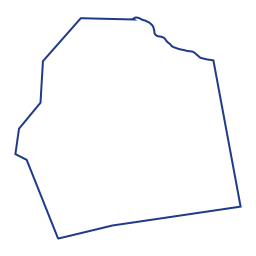 Labayee, Castries, Saint Lucia (Mercator projection)
{"feature_id": "8701671B83780855203463", "entity_name": "Labayee", "entity_type": "district", "adm_level": 2, "iso_a3": "LCA", "parent_name": "Saint Lucia", "parent_adm1": "Castries", "projection": "mercator", "projection_center": [-60.972, 13.941], "detail": "fine", "context": "isolated", "style": "outline", "palette": "blue", "viewbox_px": 256, "rotation_deg": 0, "n_neighbors": 0, "source": "geoboundaries", "source_scale": "gbopen_adm2", "svg_char_len": 2117}
<svg xmlns="http://www.w3.org/2000/svg" viewBox="0 0 256 256"><path d="M58.4,238.5L112.4,225.5L240.6,206.6L213.4,60.4L212.9,60.3L206.4,59.3L200.4,57.8L199.1,56.7L194.5,52.7L192.5,51.6L187.0,50.9L184.9,50.3L181.5,49.6L178.8,49.0L173.7,47.2L171.9,46.3L170.3,44.3L168.1,42.6L166.5,41.1L166.4,40.8L166.2,40.6L166.1,40.4L166.0,40.2L165.8,39.9L165.6,39.7L165.4,39.4L165.1,39.0L164.9,38.8L164.7,38.6L164.6,38.4L164.4,38.2L164.2,38.0L164.0,37.8L163.8,37.7L163.5,37.6L163.3,37.5L163.0,37.4L162.8,37.2L162.5,37.2L162.3,37.1L162.0,37.0L161.7,37.0L161.5,36.9L161.2,36.8L160.9,36.7L160.7,36.7L160.4,36.6L160.1,36.5L159.9,36.5L159.6,36.4L159.3,36.4L159.0,36.4L158.7,36.3L158.4,36.3L158.2,36.3L157.9,36.2L157.6,36.1L157.3,36.0L157.0,35.9L156.8,35.7L156.6,35.6L156.4,35.4L156.1,35.3L155.9,35.1L155.7,34.9L155.5,34.7L155.3,34.5L155.2,34.3L155.0,34.1L154.9,33.9L154.7,33.6L154.6,33.4L154.5,33.1L154.5,32.8L154.5,32.6L154.4,32.3L154.4,32.0L154.4,31.7L154.3,31.2L154.3,30.9L154.2,30.7L154.2,30.4L154.1,30.1L154.0,29.9L154.0,29.5L153.9,29.2L153.7,28.6L153.6,28.2L153.6,27.9L153.5,27.7L153.4,27.4L153.3,27.1L153.2,26.8L153.1,26.6L153.0,26.4L152.8,26.1L152.7,25.8L152.5,25.6L152.3,25.4L152.1,25.1L151.9,24.9L151.7,24.7L151.3,24.3L151.0,24.1L150.8,23.9L150.5,23.6L150.2,23.4L150.0,23.2L149.8,23.0L149.5,22.8L149.4,22.7L149.2,22.6L148.7,22.3L148.5,22.2L148.2,22.1L147.9,22.0L147.7,21.9L147.4,21.7L147.2,21.6L146.8,21.4L146.6,21.3L146.4,21.2L146.2,21.1L145.8,20.9L145.6,20.8L145.3,20.7L145.0,20.5L144.6,20.4L144.3,20.4L144.0,20.3L143.8,20.2L143.4,20.1L143.2,20.1L142.9,20.0L142.7,19.9L142.3,19.8L142.1,19.7L141.8,19.6L141.6,19.4L141.4,19.3L141.2,19.2L140.9,19.0L140.7,18.8L140.4,18.7L140.2,18.6L139.9,18.5L139.7,18.4L139.4,18.3L139.2,18.2L138.9,18.1L138.6,18.0L138.4,17.9L138.1,17.9L137.8,17.8L137.5,17.7L137.2,17.6L136.6,17.5L136.4,17.5L136.1,17.5L135.8,17.5L135.5,17.5L135.3,17.6L135.0,17.7L134.8,17.9L134.5,18.0L134.3,18.2L134.0,18.3L133.8,18.5L133.6,18.6L133.3,18.8L133.0,18.9L133.9,19.5L80.8,18.2L43.0,61.1L42.9,61.9L40.5,102.7L19.0,128.7L15.4,154.1L26.7,159.9L57.9,238.1L58.4,238.5Z" fill="none" stroke="#1e3a8a" stroke-width="2"/></svg>